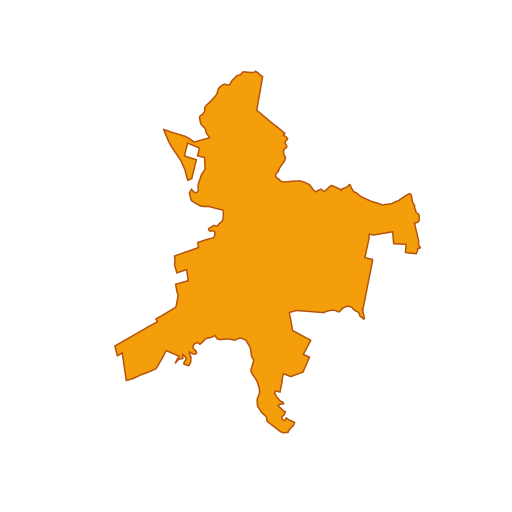 Avram Iancu, Bihor, Romania, rotated 68°
{"feature_id": "2599482B98279949675943", "entity_name": "Avram Iancu", "entity_type": "district", "adm_level": 2, "iso_a3": "ROU", "parent_name": "Romania", "parent_adm1": "Bihor", "projection": "orthographic", "projection_center": [21.526, 46.667], "detail": "fine", "context": "isolated", "style": "filled", "palette": "amber", "viewbox_px": 512, "rotation_deg": 68, "n_neighbors": 0, "source": "geoboundaries", "source_scale": "gbopen_adm2", "svg_char_len": 6106}
<svg xmlns="http://www.w3.org/2000/svg" viewBox="0 0 512 512"><g transform="rotate(68 256 256)"><path d="M431.5,292.3L429.8,291.0L429.8,290.4L429.3,289.3L428.3,288.1L427.4,285.1L424.9,282.6L423.7,283.4L420.4,286.7L419.4,287.4L417.7,288.3L417.5,288.9L418.9,290.1L419.1,290.9L419.0,291.5L418.6,292.0L417.4,292.6L415.3,292.7L414.4,292.1L414.3,290.1L413.1,288.6L411.2,287.1L410.4,288.3L409.6,288.8L407.0,289.7L403.4,291.6L403.1,291.4L402.7,290.5L402.4,290.2L402.4,289.8L402.8,288.7L402.8,287.5L403.4,286.1L403.1,285.7L401.4,285.9L401.0,286.2L400.6,286.9L399.3,288.0L395.1,289.4L394.1,289.7L391.1,289.8L390.3,290.2L388.9,289.1L388.6,288.9L388.6,288.4L388.8,288.0L391.1,284.7L383.7,279.8L378.9,277.2L375.4,274.7L380.8,269.0L381.3,256.0L369.8,244.3L365.0,249.0L354.7,236.8L338.8,250.0L328.7,247.8L321.9,246.6L320.9,246.0L321.4,241.5L321.5,239.5L323.6,235.0L334.0,214.1L333.7,213.2L333.8,210.5L334.0,209.0L334.8,205.8L335.1,204.9L335.8,203.5L336.6,202.5L338.2,201.1L338.9,200.0L338.9,199.3L337.3,196.1L336.7,193.6L336.6,192.1L336.9,190.2L337.2,189.2L338.5,187.5L339.7,186.3L340.3,186.0L341.9,185.6L342.7,185.2L344.3,184.2L346.4,182.2L348.0,181.9L350.5,182.1L351.3,182.0L352.7,180.6L354.8,179.9L354.7,178.9L344.9,177.2L345.3,176.7L304.3,149.9L303.3,149.6L302.8,149.2L298.4,155.7L282.3,144.8L278.0,142.8L280.6,139.2L284.7,120.2L296.2,123.8L301.4,112.5L308.8,116.1L313.9,106.7L311.9,104.5L309.8,103.5L309.8,103.1L310.1,101.3L309.8,100.8L309.3,100.8L309.3,100.5L307.0,101.0L306.1,101.0L305.2,100.7L303.6,99.7L286.0,96.9L285.0,96.8L285.3,94.0L285.2,93.2L284.7,92.1L284.3,91.5L279.4,89.5L278.6,89.5L277.9,89.7L275.9,91.1L275.1,91.2L273.1,90.8L271.2,91.0L268.5,90.0L266.2,90.6L263.6,90.5L257.6,89.1L255.5,90.4L255.8,91.1L256.0,93.9L257.1,99.1L257.5,101.3L258.1,102.9L257.9,106.1L258.3,111.2L256.6,117.1L256.3,119.4L252.4,123.6L249.7,127.2L248.0,129.1L240.6,136.2L239.3,137.1L235.3,139.0L233.5,140.9L232.2,141.5L228.1,142.1L225.3,142.0L224.8,142.3L224.8,143.0L225.6,144.4L226.0,145.5L226.2,147.8L226.0,151.2L227.1,152.1L225.4,153.3L222.7,155.7L218.9,159.5L218.9,160.1L219.3,161.9L221.3,167.1L221.7,168.6L221.4,169.1L219.1,170.3L218.2,170.9L218.4,171.6L218.6,174.9L218.9,176.3L218.7,176.7L216.0,178.3L215.5,178.5L213.9,178.5L209.6,179.9L206.0,183.1L204.3,185.2L203.6,186.3L203.0,186.7L200.2,194.4L199.2,198.4L198.8,199.3L197.8,202.7L195.6,205.4L194.8,205.4L193.4,205.9L192.0,207.1L190.3,207.7L188.8,207.6L187.7,207.1L187.0,206.3L186.4,204.4L185.1,202.9L183.4,201.3L182.0,199.4L179.6,195.4L178.2,193.5L176.2,192.1L175.2,191.7L172.5,192.1L171.0,191.9L168.7,190.9L167.7,190.0L167.3,189.3L166.9,187.3L166.5,186.7L165.6,186.3L163.3,186.6L161.5,186.3L160.6,185.7L159.8,183.5L158.9,182.7L156.8,183.5L154.0,185.3L153.1,183.3L147.9,186.0L137.9,191.8L121.1,200.7L92.2,182.7L89.9,184.2L88.3,185.1L87.4,185.2L84.5,187.3L84.9,187.7L84.9,189.3L84.8,189.9L82.4,195.1L80.7,198.2L80.5,199.1L80.5,199.7L80.8,200.3L81.6,201.5L82.2,202.8L81.7,204.7L81.7,206.2L82.1,207.5L83.5,210.0L83.7,211.2L84.2,212.1L85.1,213.6L86.7,215.4L87.2,216.4L87.3,216.9L87.1,217.9L86.6,218.7L85.4,219.8L85.0,220.5L84.8,221.5L84.8,222.3L85.8,226.3L86.9,228.3L90.7,231.3L91.8,232.7L92.5,233.8L94.3,237.4L94.8,238.8L95.6,240.2L97.6,245.4L98.3,246.7L99.4,248.0L102.5,249.4L103.1,250.0L104.6,252.5L105.1,254.8L105.3,255.5L105.8,256.0L106.4,256.4L109.1,257.1L112.4,257.6L113.6,257.5L114.7,257.3L116.4,256.3L118.9,255.4L122.5,255.9L123.5,255.9L124.4,255.8L128.8,254.6L128.8,256.5L127.2,270.5L126.7,271.0L121.7,274.1L117.7,277.7L111.0,286.2L104.2,294.1L104.6,294.3L117.7,294.1L123.2,293.3L140.3,289.8L150.3,289.6L152.5,290.1L160.2,290.9L160.2,286.6L144.4,275.2L136.4,284.9L125.7,277.1L134.8,267.9L141.2,272.7L145.4,266.8L154.5,270.0L156.1,270.6L157.3,271.9L159.7,275.5L161.5,277.4L164.1,279.4L165.4,280.8L168.5,283.0L170.7,284.0L174.0,285.1L174.6,286.1L174.8,287.0L174.8,288.2L174.4,289.0L170.0,290.9L172.4,293.9L172.7,294.2L179.4,295.1L180.0,295.1L180.6,294.9L182.4,293.8L188.2,289.3L188.7,288.8L190.6,285.8L191.0,284.9L192.1,281.7L201.1,269.5L203.4,269.9L208.6,272.3L210.4,273.6L210.9,274.4L211.4,275.2L211.8,277.2L212.1,277.7L213.6,280.6L213.6,281.3L213.4,281.8L212.0,283.3L211.8,284.3L212.6,287.3L212.7,289.1L213.1,289.8L213.3,290.0L214.0,290.0L215.6,289.5L215.8,289.2L216.6,286.3L217.0,285.7L217.9,285.3L219.3,285.4L219.7,285.6L221.6,286.8L223.1,288.2L223.0,289.9L222.1,296.8L221.8,303.5L221.6,304.9L226.6,306.2L225.5,331.6L228.8,332.4L234.0,334.9L242.0,335.7L242.6,325.5L253.5,328.0L252.1,341.1L259.6,342.7L263.2,342.9L272.3,348.6L273.3,349.5L273.5,350.2L274.5,356.0L276.1,366.2L276.9,372.4L280.1,372.0L281.3,382.6L286.6,420.6L296.6,421.9L296.5,420.7L295.6,416.3L322.8,422.9L323.1,420.9L323.6,415.1L323.1,407.9L323.2,402.6L323.4,402.5L323.4,402.1L323.2,393.8L323.0,391.4L322.6,390.4L322.1,389.6L316.0,381.7L310.1,374.7L320.0,364.9L325.3,371.3L323.4,367.8L323.0,365.8L323.0,365.1L323.2,364.0L323.6,362.9L323.6,362.2L322.6,361.8L321.3,361.6L319.8,360.7L323.0,359.4L324.6,359.1L325.2,359.3L325.9,360.0L327.5,362.4L328.8,363.2L329.4,363.2L332.2,359.9L332.4,359.2L331.6,358.4L330.9,357.3L330.1,356.4L329.3,355.9L327.3,355.2L326.3,354.5L325.5,354.2L324.4,354.1L321.7,354.4L320.1,353.7L323.4,350.9L323.8,350.1L324.1,349.1L324.2,348.3L324.0,347.8L323.5,347.4L322.9,347.2L322.1,347.2L321.4,347.3L319.1,348.4L318.2,348.6L317.0,348.5L316.2,348.2L315.8,348.0L315.0,347.0L314.7,346.3L314.2,344.4L314.3,343.5L314.5,342.6L315.4,341.8L316.5,341.5L316.7,341.1L316.8,340.7L316.2,339.0L314.3,334.5L313.9,333.0L314.0,331.8L314.4,330.0L314.8,327.2L314.2,324.0L317.3,323.3L318.2,322.9L318.8,322.4L319.8,321.3L320.1,320.4L321.8,314.8L322.9,312.3L323.8,310.7L325.8,307.8L326.1,306.5L326.1,305.6L325.9,303.6L325.9,302.6L326.5,300.9L326.9,300.3L329.6,297.4L330.0,297.1L331.2,296.8L338.1,295.7L340.4,295.9L347.2,297.7L351.3,297.2L352.0,297.3L359.7,303.3L360.9,303.8L361.4,303.9L364.2,303.6L369.3,302.5L373.1,302.0L378.7,302.4L380.6,302.7L384.3,304.0L388.3,307.8L389.2,308.5L390.2,309.0L393.5,310.1L395.5,310.7L396.3,310.7L403.1,309.5L408.4,306.9L409.4,306.7L410.4,306.8L412.9,307.6L413.8,307.4L428.2,299.0L430.3,296.6L431.5,292.3Z" fill="#f59e0b" stroke="#b45309" stroke-width="1.5"/></g></svg>